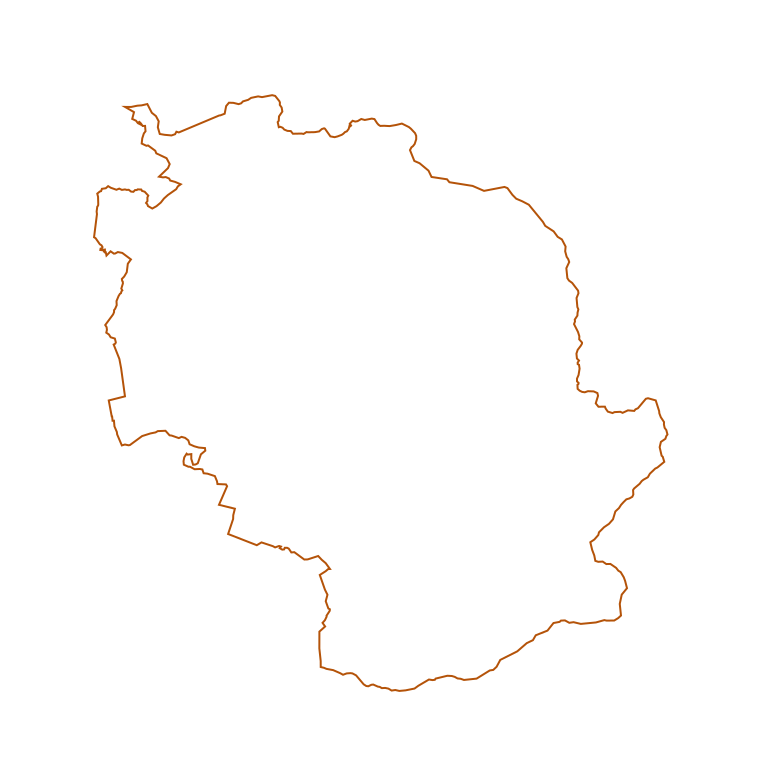 outline of Curtea De Arges, Arges, Romania, rotated 263°
{"feature_id": "2599482B76478709912239", "entity_name": "Curtea De Arges", "entity_type": "district", "adm_level": 2, "iso_a3": "ROU", "parent_name": "Romania", "parent_adm1": "Arges", "projection": "orthographic", "projection_center": [24.678, 45.135], "detail": "fine", "context": "isolated", "style": "outline", "palette": "amber", "viewbox_px": 768, "rotation_deg": 263, "n_neighbors": 0, "source": "geoboundaries", "source_scale": "gbopen_adm2", "svg_char_len": 6122}
<svg xmlns="http://www.w3.org/2000/svg" viewBox="0 0 768 768"><g transform="rotate(263 384 384)"><path d="M563.4,530.4L564.9,527.6L563.5,506.8L569.8,496.1L576.3,473.5L579.5,471.5L583.7,456.4L590.3,454.2L598.8,446.2L601.7,441.3L613.0,438.3L615.6,440.1L616.5,441.7L618.5,443.7L623.0,445.8L626.4,446.2L629.2,445.4L634.1,441.8L636.0,440.0L640.3,433.5L639.6,427.4L639.3,421.0L640.3,415.5L640.6,411.8L641.9,410.2L643.8,408.9L648.1,406.8L648.9,404.2L648.4,397.1L649.8,393.7L648.1,389.8L648.0,387.4L649.1,384.9L646.6,381.8L644.5,382.8L643.9,381.9L644.7,381.3L641.6,380.1L639.3,377.9L638.8,376.0L637.4,374.2L636.5,372.5L635.4,368.1L635.0,365.1L636.3,361.0L644.6,356.5L645.1,355.7L644.6,353.3L642.6,350.4L642.4,346.1L643.1,339.2L643.5,337.8L642.0,334.6L642.6,332.8L643.5,324.1L646.4,322.3L647.0,319.0L648.7,316.0L650.7,314.6L651.9,312.5L651.7,310.9L656.9,310.4L658.1,311.6L662.4,312.4L666.8,316.3L670.9,316.1L673.7,314.6L676.1,315.0L677.5,314.6L683.2,311.1L684.3,308.2L683.6,297.9L684.8,294.1L684.2,287.0L682.6,283.8L681.7,278.5L680.0,276.4L679.5,273.8L681.4,268.8L682.1,264.4L679.1,261.2L671.7,258.8L670.6,254.4L670.6,253.1L658.7,211.0L659.7,208.7L657.4,207.1L656.6,203.4L658.1,196.5L659.5,191.9L666.4,190.8L672.2,192.4L677.7,190.3L681.5,186.6L690.7,183.2L690.1,177.3L690.3,173.1L689.8,166.8L690.6,160.7L684.3,169.0L677.8,166.4L675.5,170.0L672.9,171.5L671.7,173.3L674.6,172.6L672.2,174.5L669.5,175.9L669.3,178.3L663.9,178.1L662.0,176.2L657.3,174.0L652.2,172.8L649.4,177.2L649.5,178.9L643.4,185.4L640.7,186.1L634.6,195.7L628.4,198.1L624.6,195.9L617.2,186.0L616.0,189.8L616.0,192.6L614.1,195.8L612.0,196.6L610.1,201.2L607.0,206.6L605.3,203.5L602.7,201.5L597.9,192.5L594.9,188.2L591.3,184.6L588.2,179.8L586.4,175.4L589.4,171.4L591.2,171.0L592.7,169.9L594.4,171.5L598.0,171.9L599.7,173.0L604.0,169.9L605.2,167.3L606.6,166.8L607.2,163.2L606.6,162.2L606.8,160.5L605.3,158.7L605.8,156.4L607.9,154.3L608.0,152.3L608.7,150.6L608.6,147.5L610.2,145.0L609.4,142.1L612.1,136.7L614.0,134.3L612.2,131.7L612.1,127.8L609.9,126.7L609.7,125.4L607.9,122.6L604.7,123.0L597.3,122.3L596.0,122.0L594.9,121.0L590.2,119.8L587.6,119.8L565.0,114.1L563.9,115.5L557.3,119.0L556.1,120.5L554.2,121.3L553.1,120.6L552.9,119.2L551.6,118.8L551.1,120.8L551.5,122.1L550.2,122.1L550.9,123.3L548.7,123.1L548.7,123.9L545.3,124.2L549.0,128.8L546.3,131.8L546.3,133.1L547.4,135.9L546.0,140.2L538.5,148.0L534.6,144.4L526.3,142.3L522.3,139.2L520.2,136.6L518.3,136.7L517.4,137.2L515.6,137.1L510.7,134.9L508.8,135.7L508.0,134.7L506.2,134.0L505.7,132.9L503.7,131.3L498.9,128.6L494.8,128.3L491.4,126.3L490.2,125.1L488.2,124.8L486.1,123.6L476.5,114.5L474.2,115.6L471.5,115.6L468.8,114.6L466.7,117.0L463.7,118.4L461.9,122.4L458.0,122.9L456.8,122.2L456.1,120.5L441.1,124.4L431.5,125.0L403.3,125.4L401.2,108.8L385.1,109.8L385.1,110.1L384.6,110.2L380.6,110.1L380.5,111.5L374.8,111.3L368.9,113.0L366.5,113.0L355.0,116.3L355.5,119.5L354.3,123.0L354.4,124.4L361.8,137.6L363.4,146.2L363.8,151.4L364.8,153.7L364.2,161.4L359.2,164.9L358.7,166.9L355.3,173.8L356.2,176.6L354.8,180.0L351.9,182.9L347.9,183.7L345.3,188.1L343.5,192.4L342.2,198.5L339.6,198.5L336.5,193.7L328.0,189.5L327.1,187.2L327.1,184.7L333.2,183.6L337.9,184.2L337.9,180.5L338.9,179.6L335.5,176.8L331.8,175.6L328.3,175.5L325.7,179.8L325.5,181.4L322.5,185.6L322.1,190.8L321.3,193.3L317.4,194.1L316.5,197.9L313.2,204.9L307.8,206.4L305.0,206.5L303.6,214.9L301.7,215.8L284.2,205.5L278.4,220.8L272.2,218.4L268.4,217.8L254.1,211.0L239.5,238.1L241.7,243.1L236.6,253.9L235.1,256.0L236.0,260.1L235.2,261.9L233.8,260.5L232.0,262.8L232.0,264.7L233.5,265.5L233.2,267.9L232.2,269.4L228.1,271.5L228.0,274.5L219.5,283.5L219.2,286.9L221.3,297.7L217.1,300.8L213.3,304.3L207.0,307.8L207.1,306.0L205.3,303.3L202.3,297.0L187.1,300.3L181.7,302.2L175.5,299.7L168.0,301.4L167.0,302.8L165.5,302.5L161.0,298.7L160.1,298.7L156.8,296.6L154.4,293.9L150.5,296.0L146.1,289.7L129.4,287.6L116.7,287.4L110.8,286.7L109.6,289.9L108.3,292.1L106.2,298.7L102.3,305.3L100.4,307.9L101.3,311.7L101.1,315.5L100.6,317.4L98.2,320.8L88.4,327.2L86.4,329.6L85.9,331.6L87.0,334.8L87.0,336.7L84.4,341.0L83.9,342.8L82.4,344.8L82.2,348.1L81.1,351.3L78.8,354.2L78.9,357.9L77.5,361.8L77.3,368.0L78.0,377.2L80.3,381.3L85.2,392.6L84.2,396.1L84.2,398.4L85.3,399.3L86.7,411.3L85.9,415.8L84.7,418.5L82.8,421.1L82.1,424.1L80.5,427.3L80.3,440.0L86.8,454.1L86.9,457.6L89.6,461.3L96.0,465.8L102.4,483.7L109.4,494.1L111.6,500.6L116.1,504.0L119.3,516.2L126.1,523.1L126.5,529.3L127.6,530.8L127.3,534.8L124.4,538.8L124.5,543.1L121.9,550.1L121.5,565.3L122.8,573.9L122.0,576.2L121.2,583.7L123.1,587.9L125.3,591.0L137.0,591.2L146.0,594.3L151.7,600.3L159.3,599.3L163.0,598.4L168.4,596.0L170.2,593.8L173.2,592.0L177.8,586.8L178.2,582.7L181.1,579.4L181.4,575.0L182.7,572.2L188.2,571.8L194.0,570.4L201.8,569.5L204.0,573.8L208.0,578.3L210.6,579.3L215.0,584.9L217.8,590.3L221.8,594.8L229.3,598.1L232.2,602.1L235.1,604.5L237.6,607.4L240.0,610.5L240.5,613.6L241.8,616.7L243.9,618.0L248.4,618.3L249.8,619.5L253.8,625.6L256.2,627.9L257.4,629.9L259.3,634.5L262.6,637.0L267.0,642.9L267.8,645.2L272.6,652.7L277.8,651.8L279.0,650.8L287.7,649.9L292.8,651.8L295.3,656.6L298.0,657.9L299.3,659.2L303.8,658.6L306.3,657.2L309.7,656.9L312.1,657.3L317.3,654.7L321.4,653.7L323.5,653.8L334.6,651.7L337.7,644.3L337.4,642.1L329.0,633.1L328.2,630.5L326.8,629.1L328.1,622.9L326.3,617.3L327.6,615.2L328.0,609.3L327.3,607.3L329.3,602.8L332.6,601.0L334.6,600.5L335.3,594.1L339.0,591.8L346.2,595.0L349.0,594.7L351.1,591.2L352.0,585.5L351.3,582.3L352.0,579.7L353.5,577.4L355.6,575.6L359.6,575.9L360.2,576.9L361.3,577.3L363.1,575.9L365.8,576.2L369.2,578.2L375.4,580.0L379.3,579.9L380.1,578.7L381.6,578.8L383.5,580.4L385.8,578.6L390.7,578.7L394.3,580.4L397.9,583.9L399.9,585.4L401.0,585.6L404.5,583.2L407.6,583.7L412.0,582.9L420.3,579.9L422.8,581.2L424.7,581.2L428.3,584.3L431.2,584.8L434.4,586.0L436.8,585.3L445.9,585.6L450.4,588.1L453.0,588.0L461.4,583.1L464.1,580.2L466.7,578.9L476.7,579.1L482.5,582.7L485.4,582.1L488.0,580.8L493.6,580.0L498.3,581.0L505.8,578.2L508.9,574.3L514.8,571.0L521.3,563.3L525.5,561.5L544.3,549.6L548.5,543.5L551.8,537.8L556.1,534.5L563.4,530.4Z" fill="none" stroke="#b45309" stroke-width="2"/></g></svg>